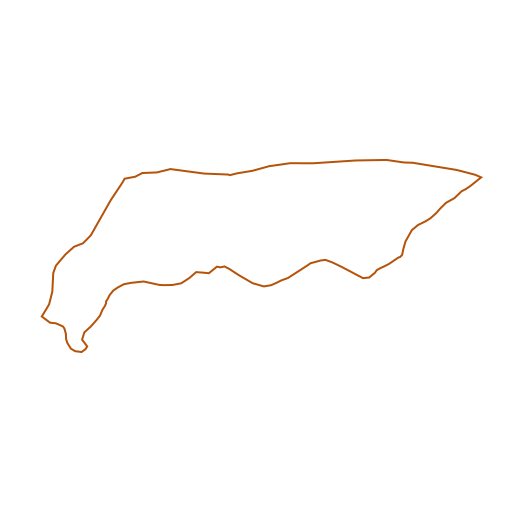 the district of Bassa, Kogi, Nigeria, rotated 20°
{"feature_id": "59680162B66680936539808", "entity_name": "Bassa", "entity_type": "district", "adm_level": 2, "iso_a3": "NGA", "parent_name": "Nigeria", "parent_adm1": "Kogi", "projection": "albers", "projection_center": [7.028, 7.745], "detail": "fine", "context": "isolated", "style": "outline", "palette": "amber", "viewbox_px": 512, "rotation_deg": 20, "n_neighbors": 0, "source": "geoboundaries", "source_scale": "gbopen_adm2", "svg_char_len": 1556}
<svg xmlns="http://www.w3.org/2000/svg" viewBox="0 0 512 512"><g transform="rotate(20 256 256)"><path d="M440.7,105.1L434.1,104.7L420.2,106.0L414.6,106.6L371.3,114.8L363.1,117.5L345.8,121.1L317.1,132.1L278.5,149.1L256.2,157.2L254.5,158.1L248.2,161.5L237.8,167.0L223.3,177.3L210.1,184.7L203.7,189.0L202.2,188.9L179.0,196.3L162.6,199.9L145.8,203.6L143.2,205.4L134.2,211.4L120.8,216.9L115.4,222.8L106.1,228.3L105.4,232.6L100.4,253.2L93.7,293.1L89.1,303.2L81.8,309.6L76.4,319.7L71.3,333.5L71.3,341.3L76.8,359.2L78.1,372.0L77.6,375.1L75.4,386.1L85.3,389.1L91.0,387.7L98.6,388.2L100.7,389.6L104.0,394.2L105.9,398.9L108.5,402.3L113.8,406.4L118.5,407.3L124.9,405.9L127.7,401.8L128.3,398.7L121.2,394.1L120.8,386.5L124.9,378.7L128.2,370.3L129.8,365.3L130.1,359.0L131.1,354.7L131.3,351.6L130.6,349.9L131.3,347.3L131.6,344.4L131.8,342.8L133.7,337.3L137.0,332.7L141.5,327.7L147.9,323.9L159.1,318.4L175.2,316.2L179.7,314.8L187.4,311.8L195.1,307.2L201.0,299.3L205.3,291.6L211.4,289.9L217.6,288.3L222.9,279.4L226.5,278.8L230.0,276.6L235.4,277.3L246.5,279.9L262.1,282.7L273.8,281.9L280.3,278.2L284.8,273.8L288.1,270.3L293.5,265.8L307.7,247.1L309.6,244.3L310.1,243.9L318.3,238.1L322.6,235.9L329.8,235.9L339.9,236.9L364.1,240.2L369.7,237.5L373.5,231.1L374.3,228.0L376.6,225.3L379.7,222.2L383.5,218.2L390.3,208.8L391.8,207.6L392.9,205.0L392.8,203.9L392.0,198.5L391.5,191.1L393.6,178.4L397.6,171.5L403.8,165.0L407.1,160.7L410.7,154.0L413.0,148.1L416.3,141.1L422.7,133.7L427.0,124.9L430.3,121.3L433.3,117.2L440.7,105.1Z" fill="none" stroke="#b45309" stroke-width="2"/></g></svg>